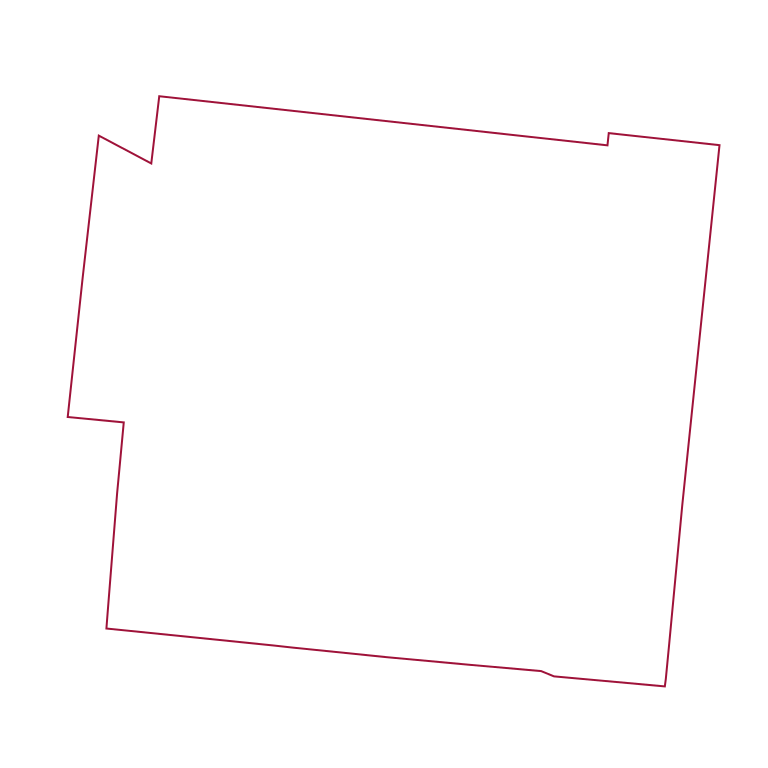 the district of Hendricks, Indiana, United States of America, rotated 96°
{"feature_id": "52423323B31792331256656", "entity_name": "Hendricks", "entity_type": "district", "adm_level": 2, "iso_a3": "USA", "parent_name": "United States of America", "parent_adm1": "Indiana", "projection": "orthographic", "projection_center": [-86.465, 39.762], "detail": "fine", "context": "isolated", "style": "outline", "palette": "rose", "viewbox_px": 768, "rotation_deg": 96, "n_neighbors": 0, "source": "geoboundaries", "source_scale": "gbopen_adm2", "svg_char_len": 448}
<svg xmlns="http://www.w3.org/2000/svg" viewBox="0 0 768 768"><g transform="rotate(96 384 384)"><path d="M166.8,693.6L310.2,694.8L449.9,695.1L449.4,638.8L492.2,638.3L520.6,638.0L642.1,634.9L656.2,634.5L655.6,466.6L655.7,447.4L655.4,352.8L654.3,268.4L653.1,197.7L657.0,184.4L655.4,73.1L647.9,72.9L612.7,73.2L473.2,74.7L111.4,75.3L111.0,186.7L123.3,186.7L121.3,637.6L189.0,638.5L166.8,693.6Z" fill="none" stroke="#9f1239" stroke-width="2"/></g></svg>